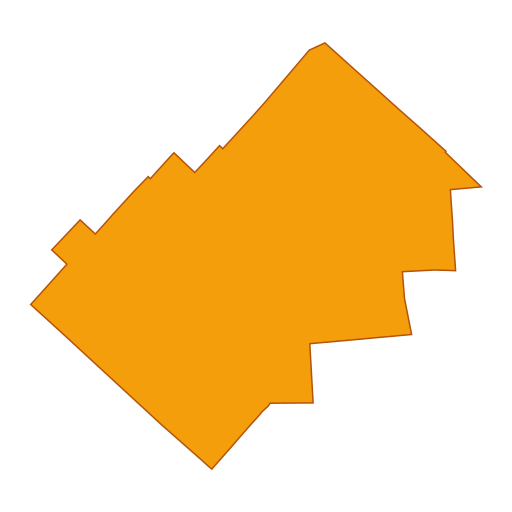 Maipú, Buenos Aires, Argentina
{"feature_id": "61730980B20857642636660", "entity_name": "Maipú", "entity_type": "district", "adm_level": 2, "iso_a3": "ARG", "parent_name": "Argentina", "parent_adm1": "Buenos Aires", "projection": "mercator", "projection_center": [-57.539, -36.886], "detail": "fine", "context": "isolated", "style": "filled", "palette": "amber", "viewbox_px": 512, "rotation_deg": 0, "n_neighbors": 0, "source": "geoboundaries", "source_scale": "gbopen_adm2", "svg_char_len": 902}
<svg xmlns="http://www.w3.org/2000/svg" viewBox="0 0 512 512"><path d="M481.3,186.9L454.4,161.1L447.0,153.9L445.3,152.3L446.0,151.3L441.0,146.8L431.5,138.3L421.3,129.1L398.4,108.9L396.3,107.0L324.9,42.9L309.3,50.1L263.4,104.1L250.8,118.1L235.9,134.4L227.4,143.6L222.8,148.7L219.6,145.6L205.3,161.2L194.7,172.5L174.0,152.8L171.2,155.6L150.3,178.7L148.2,176.6L134.1,191.1L112.8,214.4L108.2,219.7L95.3,234.0L80.1,219.9L66.9,233.9L51.7,249.9L66.9,264.2L30.7,304.5L66.8,337.4L67.0,337.6L161.0,424.3L189.0,449.0L198.8,457.6L207.7,465.6L211.8,469.1L233.3,444.7L240.0,436.9L247.9,427.9L250.3,425.1L258.5,416.1L262.3,411.5L268.1,406.2L270.1,403.2L313.1,402.9L309.8,343.7L411.6,334.5L404.6,299.0L404.3,296.2L402.4,271.7L434.4,270.0L440.7,270.2L445.7,270.3L455.6,270.7L453.4,239.3L452.9,229.5L452.4,219.5L451.1,201.0L450.4,189.6L465.2,188.3L481.3,186.9Z" fill="#f59e0b" stroke="#b45309" stroke-width="1.5"/></svg>